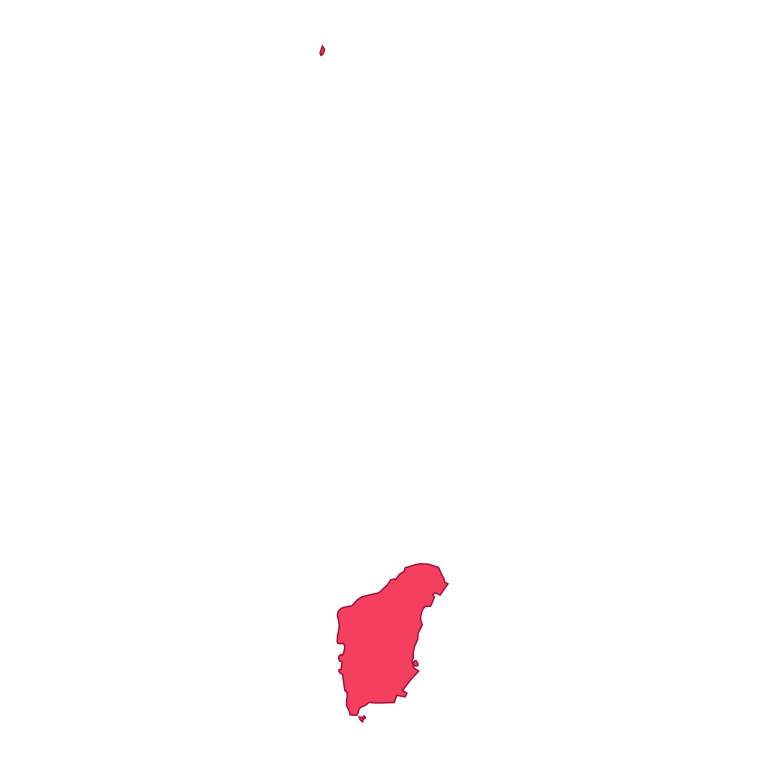 outline of Eot, Federated States of Micronesia
{"feature_id": "79324940B48134733114422", "entity_name": "Eot", "entity_type": "district", "adm_level": 2, "iso_a3": "FSM", "parent_name": "Federated States of Micronesia", "parent_adm1": "", "projection": "orthographic", "projection_center": [151.739, 7.401], "detail": "fine", "context": "isolated", "style": "filled", "palette": "rose", "viewbox_px": 768, "rotation_deg": 0, "n_neighbors": 0, "source": "geoboundaries", "source_scale": "gbopen_adm2", "svg_char_len": 1688}
<svg xmlns="http://www.w3.org/2000/svg" viewBox="0 0 768 768"><path d="M340.8,654.5L339.0,656.2L338.5,658.4L338.9,659.4L339.7,661.1L340.9,661.5L342.0,662.4L341.1,669.3L339.0,669.8L339.0,671.6L340.2,673.2L342.5,674.2L344.8,690.5L347.0,692.4L347.2,696.8L346.7,699.2L346.6,701.2L346.5,705.2L348.3,709.3L349.5,711.7L350.0,714.8L356.1,715.3L357.1,715.0L357.9,713.3L358.2,712.2L358.7,710.6L359.2,708.9L360.3,707.7L366.2,704.8L368.8,702.4L374.6,702.9L382.0,702.9L394.3,702.5L396.8,695.3L405.1,696.9L407.0,693.2L402.5,690.5L410.9,679.5L418.7,671.1L413.6,667.8L412.0,661.3L413.3,657.5L413.4,652.0L414.3,647.1L417.7,639.3L418.0,633.6L419.9,629.6L422.3,624.9L420.7,620.2L420.7,616.4L422.2,610.2L425.3,606.2L430.6,606.2L434.4,597.3L432.7,594.5L434.9,592.9L440.2,595.0L444.4,588.8L448.0,583.9L444.5,582.1L444.0,578.8L441.8,574.8L438.5,567.4L428.1,564.1L419.5,563.8L414.4,565.0L405.2,567.8L403.8,571.8L401.4,572.9L399.0,574.9L395.9,579.3L394.1,579.0L390.6,579.8L389.1,582.4L387.0,585.2L383.4,588.5L380.5,591.6L377.4,593.2L369.4,594.9L361.5,597.0L356.8,600.3L351.6,606.1L349.3,606.2L342.9,607.7L341.1,608.4L338.3,611.3L337.7,613.5L337.4,615.9L338.4,619.5L339.3,625.8L338.4,632.2L337.5,635.6L337.2,641.5L337.7,643.2L340.0,643.7L342.5,643.6L343.6,643.2L344.0,644.5L344.8,645.6L344.5,649.7L342.6,655.2L340.8,654.5ZM324.5,49.3L322.4,46.1L320.0,53.1L321.0,55.4L322.7,54.3L323.9,52.0L324.5,49.3ZM414.1,661.2L413.6,662.6L414.1,664.7L414.4,665.9L417.1,666.0L418.1,665.0L417.9,663.7L416.0,660.6L414.9,660.8L414.1,661.2ZM361.7,717.3L359.1,717.0L359.9,719.1L360.4,720.0L362.6,721.9L363.4,718.8L364.7,718.6L365.5,717.4L364.0,715.8L362.4,718.0L361.7,717.3Z" fill="#f43f5e" stroke="#9f1239" stroke-width="1.5"/></svg>